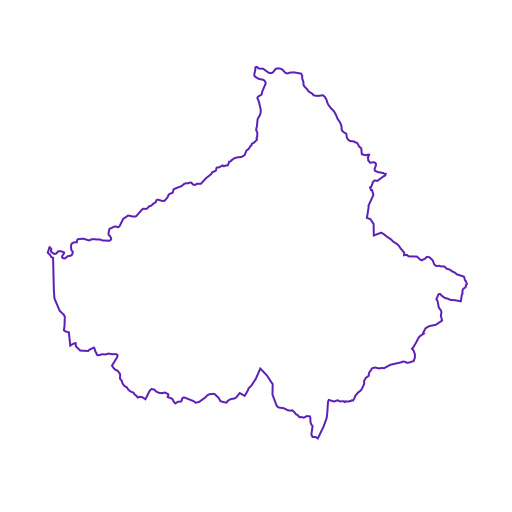 Dak Song, Đắk Nông, Vietnam (orthographic projection), rotated 84°
{"feature_id": "81297802B66581332316021", "entity_name": "Dak Song", "entity_type": "district", "adm_level": 2, "iso_a3": "VNM", "parent_name": "Vietnam", "parent_adm1": "Đắk Nông", "projection": "orthographic", "projection_center": [107.617, 12.233], "detail": "fine", "context": "isolated", "style": "outline", "palette": "violet", "viewbox_px": 512, "rotation_deg": 84, "n_neighbors": 0, "source": "geoboundaries", "source_scale": "gbopen_adm2", "svg_char_len": 6067}
<svg xmlns="http://www.w3.org/2000/svg" viewBox="0 0 512 512"><g transform="rotate(84 256 256)"><path d="M441.9,218.7L442.3,215.5L443.9,213.6L433.0,206.8L424.6,202.7L420.0,201.6L408.4,199.6L406.7,198.6L408.9,193.7L408.0,190.0L409.4,187.7L409.6,184.2L410.6,182.8L409.9,182.4L410.5,179.1L410.1,178.3L410.2,176.9L409.5,176.1L409.9,174.7L408.2,173.3L405.1,171.6L402.1,168.3L401.6,167.2L399.8,165.0L394.4,161.7L391.8,161.7L388.8,159.6L386.9,156.4L384.2,155.9L379.8,152.2L379.6,151.7L379.4,149.0L380.7,145.4L380.5,142.2L381.0,140.4L378.2,133.6L376.9,122.4L376.4,121.6L376.5,119.7L378.0,116.9L378.0,114.9L376.9,110.1L373.3,108.5L370.0,108.3L366.2,109.3L364.6,110.6L363.4,109.2L358.8,105.8L354.2,102.8L352.9,101.4L350.7,97.2L350.1,97.9L345.6,94.9L343.9,91.2L343.2,84.4L339.7,77.7L334.4,78.4L332.0,77.6L330.5,77.5L329.6,77.7L326.4,79.6L320.3,80.1L318.9,80.4L317.8,81.1L313.5,78.7L312.9,78.0L313.2,76.6L314.6,75.7L317.4,72.7L318.8,69.1L319.9,67.5L320.8,62.6L322.5,57.1L315.9,55.3L314.9,54.5L313.1,54.5L311.1,53.9L310.5,53.5L308.9,50.8L307.9,50.4L306.9,50.3L306.0,49.2L303.2,49.8L301.8,50.8L299.4,51.0L298.2,51.5L295.2,58.2L293.2,60.1L291.6,62.8L289.8,64.7L288.5,67.9L286.1,69.7L285.7,73.1L284.9,74.7L284.8,77.8L283.0,79.6L278.7,80.8L275.5,83.5L274.8,85.5L274.8,86.3L276.2,87.9L277.6,91.7L277.2,92.6L273.5,95.9L273.3,96.5L272.4,103.9L272.1,104.5L270.7,105.7L270.7,108.7L268.9,108.2L268.1,108.3L263.6,111.4L260.7,112.9L258.6,114.7L256.3,117.8L253.3,120.3L251.0,123.2L247.4,126.9L245.9,129.0L247.9,136.7L236.5,135.7L231.9,138.0L231.0,138.9L229.7,141.7L219.3,138.9L217.6,138.8L208.0,133.1L207.3,132.9L202.6,133.7L202.5,134.7L199.7,135.4L199.3,134.2L195.0,132.1L193.6,130.8L193.3,130.0L194.0,127.5L190.1,120.9L189.6,119.3L188.8,118.6L187.9,118.4L187.9,119.3L186.7,121.0L186.5,122.3L185.8,123.5L185.6,125.4L183.6,128.9L181.9,129.0L178.5,127.3L176.7,127.1L175.5,128.0L175.0,129.6L175.2,132.7L172.6,134.4L171.3,134.2L170.2,134.6L167.1,132.9L166.8,134.0L167.3,135.2L167.2,136.0L166.9,137.7L166.3,138.6L166.1,139.8L165.7,140.1L159.8,140.1L158.0,142.0L154.5,143.3L153.8,144.1L153.3,145.6L152.5,146.2L151.4,150.6L149.6,152.5L146.8,153.4L144.4,153.3L143.8,153.5L141.9,156.0L140.1,157.4L138.8,157.6L135.9,157.4L133.5,158.0L130.9,158.9L128.2,160.5L124.9,161.4L120.9,163.0L118.7,164.4L117.0,166.0L113.1,168.3L111.4,168.9L107.6,169.7L105.0,170.9L103.1,172.7L103.3,177.1L102.9,179.7L102.2,182.0L100.9,182.6L97.7,186.6L95.5,187.7L92.7,190.0L91.0,190.8L87.5,190.7L84.5,191.5L81.4,191.2L79.3,192.2L77.4,198.8L77.1,202.9L77.7,205.1L77.6,206.4L76.6,207.9L73.3,210.3L72.1,212.5L71.8,214.1L71.7,215.7L72.0,216.9L75.0,219.8L75.6,221.0L75.7,222.5L74.8,224.6L70.5,229.3L70.0,233.0L69.5,234.2L68.1,235.2L68.1,236.4L68.2,236.8L71.0,237.3L74.4,238.5L76.0,238.8L77.3,238.5L80.1,234.8L81.6,230.3L82.2,229.5L83.8,228.5L85.4,228.3L93.1,232.6L95.4,233.3L96.2,233.9L97.8,237.4L98.6,238.0L99.2,238.1L102.3,237.1L109.6,236.1L112.2,236.1L114.3,236.5L116.5,237.5L119.1,239.5L120.5,240.2L127.0,241.5L130.1,242.6L131.5,242.5L133.2,241.8L137.4,242.3L138.8,243.2L140.4,242.8L142.9,245.9L143.8,248.2L145.2,248.8L146.5,250.5L147.6,251.1L149.1,252.6L150.1,254.5L154.4,256.7L155.9,259.8L156.0,264.4L156.4,267.0L158.2,270.4L158.5,270.4L159.2,271.5L159.5,272.9L162.4,274.2L163.0,274.9L162.8,276.6L163.4,278.4L163.3,279.0L162.4,279.7L164.0,283.5L163.9,285.6L164.5,286.2L166.4,286.7L167.1,287.3L168.1,290.7L170.0,292.2L173.5,297.7L178.4,303.3L178.0,307.3L178.8,308.5L178.8,310.1L178.5,311.0L176.2,312.7L176.1,314.0L176.6,316.2L176.4,318.6L176.7,319.7L178.7,322.8L180.8,330.5L181.1,331.0L184.1,332.1L184.6,332.8L185.2,335.5L186.1,336.6L188.5,337.9L191.6,341.2L191.3,344.0L189.8,347.4L189.8,348.6L190.3,349.3L192.0,350.1L193.3,352.8L195.0,354.9L195.4,357.1L197.5,359.5L197.7,360.6L197.2,362.9L197.9,364.5L203.8,370.9L204.2,372.8L203.1,376.8L202.6,377.7L202.5,379.2L205.3,384.3L211.7,388.3L212.9,389.7L213.0,390.5L212.1,391.9L211.9,393.5L213.8,399.0L218.2,400.4L219.4,400.4L221.0,399.1L222.9,398.3L223.9,398.2L224.8,398.8L225.5,400.1L224.5,407.1L223.3,409.3L222.9,413.0L222.3,415.1L222.3,418.5L222.9,419.5L223.0,420.6L221.0,425.2L220.7,426.6L220.7,431.4L221.5,432.2L223.7,432.8L223.4,435.6L224.4,438.0L226.0,438.8L228.7,439.1L230.7,439.0L232.3,438.0L233.0,437.9L233.8,438.0L235.4,438.8L236.3,440.1L236.6,443.6L238.5,446.1L237.9,448.4L237.0,449.0L236.0,448.8L234.8,448.0L233.1,446.5L232.5,446.5L232.1,446.8L230.8,449.8L230.7,452.3L232.7,454.4L232.9,456.0L232.6,456.8L230.7,459.1L229.7,459.4L227.7,458.8L226.5,459.5L225.7,460.4L230.9,462.8L233.0,461.0L235.7,459.6L236.6,458.0L268.7,460.6L277.0,460.9L289.9,457.0L294.5,453.2L296.5,452.5L305.7,453.8L309.7,454.8L310.9,453.7L312.4,450.1L325.7,450.1L324.6,447.9L323.9,445.8L323.8,444.5L327.0,444.6L331.7,440.7L332.9,432.8L331.8,431.5L330.1,426.8L331.1,426.3L334.3,425.7L336.1,424.8L337.4,424.7L338.1,423.8L338.2,421.9L337.6,419.4L338.2,415.8L337.6,413.1L338.7,409.0L338.9,405.6L339.7,404.3L340.8,404.1L342.3,404.8L350.0,410.7L352.3,409.5L353.9,408.3L354.9,407.1L355.5,405.7L358.9,403.7L359.7,403.5L363.7,404.1L366.0,402.6L368.9,402.0L371.2,400.7L372.0,399.9L373.0,398.3L375.2,397.2L377.3,395.4L379.2,392.0L380.7,391.4L383.0,389.2L384.4,388.5L383.9,386.5L384.5,383.9L386.9,380.9L379.9,376.5L378.4,375.3L377.4,373.8L378.1,371.4L380.7,369.0L382.2,366.2L382.6,362.9L382.2,361.0L384.2,357.8L385.2,357.7L387.0,358.6L389.2,354.3L391.2,353.3L392.2,353.2L394.2,351.6L392.8,348.9L392.9,345.8L392.0,345.0L390.3,344.5L389.2,343.2L389.4,341.7L393.8,333.3L395.6,331.3L395.2,327.9L391.5,321.4L389.6,319.1L388.7,317.4L388.6,313.0L389.0,311.6L393.2,308.0L396.7,306.5L398.2,302.7L398.7,300.6L397.5,299.6L396.3,297.7L395.6,295.5L395.5,292.5L394.5,290.3L390.6,286.5L393.9,281.9L389.2,278.4L386.8,277.1L384.4,274.1L377.9,268.9L368.4,263.5L376.1,257.5L383.3,253.9L385.0,252.8L395.6,254.1L406.4,251.3L408.1,250.4L408.6,250.0L409.4,248.1L410.3,244.3L412.7,240.5L413.5,237.5L413.2,236.1L415.7,233.9L417.5,232.9L418.7,231.0L420.9,229.7L420.9,227.7L421.8,225.4L420.5,222.0L421.2,219.1L423.4,218.9L426.9,219.2L429.1,218.7L431.2,217.5L439.2,219.6L441.9,218.7Z" fill="none" stroke="#5b21b6" stroke-width="2"/></g></svg>